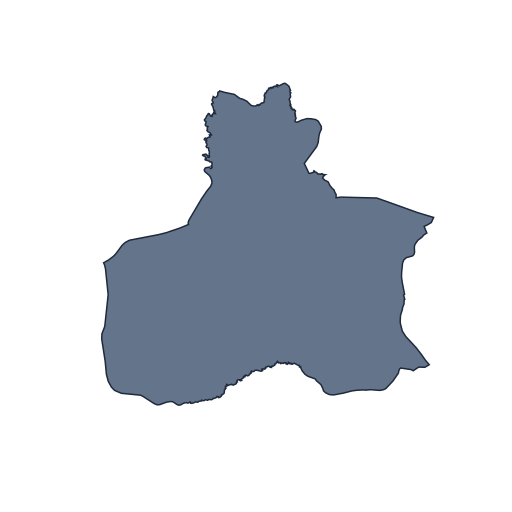 Sahatsakhan, Kalasin, Thailand, rotated 341°
{"feature_id": "78962969B18941921206705", "entity_name": "Sahatsakhan", "entity_type": "district", "adm_level": 2, "iso_a3": "THA", "parent_name": "Thailand", "parent_adm1": "Kalasin", "projection": "orthographic", "projection_center": [103.587, 16.732], "detail": "fine", "context": "isolated", "style": "filled", "palette": "slate", "viewbox_px": 512, "rotation_deg": 341, "n_neighbors": 0, "source": "geoboundaries", "source_scale": "gbopen_adm2", "svg_char_len": 6132}
<svg xmlns="http://www.w3.org/2000/svg" viewBox="0 0 512 512"><g transform="rotate(341 256 256)"><path d="M275.4,88.1L275.0,88.6L273.3,88.8L272.1,91.5L270.6,92.7L269.7,93.0L268.7,92.8L267.5,91.3L266.3,93.2L265.4,94.0L265.1,94.7L265.5,97.3L264.8,97.7L263.9,97.5L263.4,97.9L263.9,101.0L263.5,104.4L264.3,105.2L264.1,105.7L263.1,106.1L262.8,106.4L263.8,107.3L264.0,108.1L262.1,107.5L260.7,107.9L260.2,108.4L260.3,109.4L259.7,109.7L258.4,108.5L258.2,106.4L257.4,105.8L256.8,106.1L256.3,107.0L255.3,107.2L253.6,109.1L251.5,110.5L251.5,111.5L252.4,112.4L252.5,113.0L250.9,115.1L250.7,115.8L250.9,116.6L252.7,118.0L251.5,119.0L251.4,120.5L250.6,121.0L250.5,121.4L251.1,123.0L252.5,124.3L253.3,127.1L252.7,127.1L251.4,126.3L251.3,128.5L249.6,128.2L247.5,129.1L247.0,128.2L246.5,128.0L245.6,128.2L245.0,129.1L245.0,129.4L246.9,130.5L247.0,130.9L246.8,131.3L245.9,131.5L245.6,132.5L246.1,133.9L245.9,134.9L244.5,136.1L244.7,137.4L246.4,138.5L245.7,140.5L245.9,142.5L245.0,143.9L244.3,147.1L243.5,147.4L242.7,146.9L243.1,145.6L241.9,143.4L238.8,142.9L238.3,143.3L238.8,144.2L240.3,145.2L240.2,146.1L240.8,147.3L240.6,147.8L239.3,147.9L239.3,148.6L242.5,150.9L243.2,152.2L244.7,152.7L244.8,153.1L244.1,155.6L242.7,156.4L243.5,157.6L243.3,158.1L241.8,158.7L241.2,158.0L240.9,156.8L237.4,156.2L236.3,156.5L235.1,157.7L235.0,158.9L235.2,159.7L238.0,164.5L238.6,166.5L238.8,169.5L238.4,172.0L237.9,173.0L235.6,175.5L230.6,178.6L223.0,184.3L204.2,200.3L202.6,202.5L202.5,204.2L192.9,204.8L178.2,204.7L170.4,204.0L142.5,200.0L140.5,200.0L136.6,200.7L132.9,202.3L124.0,208.4L120.8,210.0L115.1,211.8L109.7,212.8L109.9,215.4L109.5,219.2L103.6,244.5L90.1,273.3L85.0,279.4L83.1,284.3L79.1,306.5L76.0,319.3L75.5,326.3L76.6,332.9L78.5,337.0L84.0,342.0L101.5,350.0L103.4,351.9L111.5,362.2L114.0,364.5L116.6,365.2L124.1,365.1L127.9,365.8L130.0,366.8L133.1,370.9L134.4,371.9L136.3,372.2L140.1,371.6L142.7,372.1L143.3,372.7L144.6,373.0L146.0,372.5L146.4,372.7L146.3,373.9L147.0,374.3L149.3,374.6L151.4,374.2L153.3,375.3L155.1,374.8L157.0,375.3L157.6,374.6L158.5,375.4L159.7,375.8L161.7,375.5L163.3,376.7L164.7,376.3L167.1,377.4L168.3,377.2L169.2,376.7L169.6,377.0L172.1,377.0L173.5,376.1L174.0,376.9L174.6,376.9L174.5,377.7L175.9,377.9L176.3,377.5L177.5,377.3L178.1,376.7L178.0,376.3L178.3,376.0L179.2,376.1L181.0,375.5L181.9,374.1L182.3,372.6L183.4,372.1L183.9,371.1L184.6,371.1L184.4,370.1L184.6,369.4L185.4,369.1L185.9,369.5L186.4,367.8L186.8,368.0L187.0,369.0L188.0,369.4L188.6,369.1L189.7,369.2L190.5,369.6L191.1,369.3L192.2,370.5L192.7,370.7L193.3,370.3L194.0,370.6L195.9,370.2L196.3,369.1L196.7,368.8L197.3,369.0L197.2,367.8L198.4,367.2L199.4,367.3L200.1,368.4L200.9,369.0L201.1,368.8L201.7,368.9L201.2,368.0L202.1,368.3L202.5,367.5L204.6,367.1L205.1,366.7L205.0,366.2L205.6,366.3L205.8,365.8L206.4,366.4L207.3,365.2L209.1,366.6L210.5,366.5L211.1,365.7L212.9,365.4L212.8,364.8L214.0,363.5L214.2,364.2L214.7,363.9L215.4,364.3L216.6,364.4L217.8,363.8L219.4,364.2L223.3,366.6L225.0,366.5L225.0,365.7L224.6,365.2L225.1,364.7L227.5,365.8L228.5,365.4L228.3,364.8L228.9,364.3L230.2,364.5L231.1,364.1L233.0,364.9L233.0,365.7L234.3,366.4L234.5,365.5L235.4,365.3L235.8,365.8L238.3,365.2L238.3,364.5L238.7,364.2L239.5,364.4L240.4,363.7L241.1,363.6L241.1,363.2L241.6,363.2L242.0,362.7L242.6,364.5L244.0,364.6L244.2,365.7L244.7,365.9L245.7,365.6L246.9,366.5L247.6,366.4L247.8,366.0L248.7,366.2L249.5,366.7L249.2,367.5L249.7,367.7L249.9,368.3L250.2,368.6L250.7,368.5L250.8,367.7L252.1,368.3L252.5,367.8L252.5,367.5L252.9,367.9L253.2,369.1L253.7,369.3L253.9,368.9L254.2,369.0L254.3,369.6L254.8,369.3L255.3,370.1L257.2,369.8L260.5,373.3L261.2,373.5L261.0,375.0L261.8,374.8L262.2,375.2L261.9,376.3L262.3,379.7L263.8,383.8L266.1,386.8L271.9,391.4L272.5,393.6L275.5,398.7L276.1,403.3L275.9,405.4L277.3,408.0L280.0,410.7L282.3,411.9L284.6,412.7L294.0,414.1L302.7,414.8L307.8,415.8L314.0,417.6L316.2,418.6L320.8,419.7L329.3,423.4L332.7,423.9L335.4,423.7L344.6,418.9L352.4,413.2L353.9,410.7L355.1,409.5L356.2,409.0L365.7,413.9L367.3,415.7L373.6,414.0L379.5,416.2L384.4,415.2L382.2,409.5L380.2,402.6L377.5,394.7L371.4,380.9L369.9,374.8L370.5,366.9L371.1,364.7L373.3,359.2L377.0,354.2L377.7,352.6L380.3,349.6L381.8,345.6L382.6,345.4L382.8,341.0L384.0,340.6L385.7,328.5L386.7,323.4L388.3,319.1L392.3,310.4L394.4,307.9L397.6,306.5L404.0,306.9L405.9,305.9L407.2,304.0L408.4,299.7L409.8,297.0L414.2,293.8L418.9,292.3L421.6,290.7L425.0,289.9L424.6,282.8L428.6,282.3L432.7,281.4L436.5,277.4L422.8,267.5L389.1,240.5L355.3,227.9L350.7,227.0L351.8,223.8L351.3,221.6L351.3,218.9L350.1,216.8L348.9,213.7L348.3,209.3L345.7,206.7L344.4,204.1L344.8,203.2L345.4,203.1L346.3,202.0L346.8,202.2L347.0,201.8L347.9,201.7L345.4,200.4L345.3,199.7L344.5,199.5L343.9,199.8L342.3,198.9L341.3,198.8L340.5,196.7L339.0,195.8L339.0,194.7L338.5,194.3L337.5,195.6L334.3,195.5L333.0,195.1L331.8,184.2L349.0,172.3L351.7,169.0L354.7,162.8L356.4,160.2L359.2,157.2L359.9,154.6L358.7,148.7L356.8,146.4L352.8,144.2L349.0,142.7L343.0,142.4L339.0,142.9L337.6,142.4L336.8,141.7L337.0,140.6L338.8,138.7L338.5,136.5L339.0,136.3L338.9,135.2L339.5,134.5L339.1,133.6L340.6,131.7L339.6,129.6L339.1,129.7L339.1,130.2L338.5,129.8L338.5,129.4L338.0,129.4L338.0,128.7L337.6,128.4L338.0,127.8L337.3,127.5L337.9,126.6L337.2,125.3L337.8,124.8L337.2,124.6L337.5,124.1L338.0,123.8L338.3,121.1L338.6,120.6L338.3,118.7L340.6,116.7L341.0,114.2L342.1,113.0L341.5,112.2L341.6,111.1L342.5,110.8L342.4,106.2L340.2,102.7L339.5,102.1L338.1,101.9L333.5,102.6L331.2,100.5L331.5,101.0L330.8,101.3L331.0,102.4L330.6,102.0L329.2,102.0L329.0,101.6L328.0,101.5L326.8,102.5L326.5,101.7L325.9,101.7L325.8,102.1L325.1,101.9L324.8,102.2L324.7,101.5L323.3,101.8L323.0,101.4L322.3,101.9L322.4,102.4L321.7,102.9L320.5,103.1L319.8,103.7L319.8,104.0L318.4,104.9L318.3,105.2L317.7,105.0L317.6,105.4L316.7,105.9L316.2,107.1L315.8,107.3L316.2,108.8L315.6,109.2L313.5,113.4L311.9,113.4L311.0,113.1L308.6,114.4L308.3,113.8L307.5,114.4L307.0,114.3L307.1,113.9L306.7,113.9L306.4,113.4L305.2,114.0L303.7,113.9L301.8,113.0L300.3,111.8L297.7,106.6L294.5,103.4L292.0,101.7L288.1,96.1L279.5,91.0L275.4,88.1Z" fill="#64748b" stroke="#1e293b" stroke-width="1.5"/></g></svg>